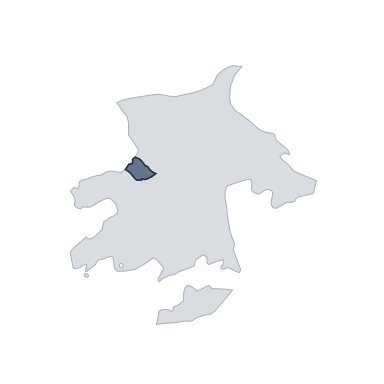 Oğuz highlighted on a map of Azerbaijan, rotated 296°
{"feature_id": "AZE-1725", "entity_name": "Oğuz", "entity_type": "District", "adm_level": 1, "iso_a3": "AZE", "parent_name": "Azerbaijan", "parent_adm1": "", "projection": "orthographic", "projection_center": [47.489, 41.029], "detail": "fine", "context": "in_parent", "style": "filled", "palette": "slate", "viewbox_px": 384, "rotation_deg": 296, "n_neighbors": 0, "source": "natural_earth", "source_scale": "10m", "svg_char_len": 3822}
<svg xmlns="http://www.w3.org/2000/svg" viewBox="0 0 384 384"><g transform="rotate(296 192 192)"><path d="M256.7,299.1L255.3,299.0L245.2,301.6L243.1,300.8L234.4,289.9L232.6,288.7L228.9,288.3L226.7,286.5L224.9,283.6L223.9,281.4L214.9,275.5L213.6,273.3L213.4,271.4L214.7,269.7L216.2,268.2L220.5,266.7L225.6,265.4L227.2,264.4L228.0,262.8L227.9,260.3L227.1,257.8L219.8,253.3L219.0,251.4L218.7,249.0L219.1,246.5L220.2,244.5L226.1,241.8L229.2,239.0L227.2,235.9L220.9,228.9L213.3,221.2L208.3,221.2L202.5,223.5L193.3,230.1L188.2,232.9L181.5,237.6L174.2,242.8L168.2,248.3L164.5,252.8L157.8,254.8L154.4,258.6L143.2,270.0L140.0,269.8L139.9,264.1L140.1,259.6L139.4,257.0L135.9,253.4L135.8,251.8L136.8,250.9L139.6,251.5L143.1,251.3L144.8,249.9L141.1,245.2L137.8,242.0L134.9,239.9L134.3,238.6L134.3,237.7L134.9,236.6L139.8,234.1L140.3,231.8L140.0,229.1L132.4,225.1L126.6,226.4L121.4,222.0L118.2,218.5L114.1,214.8L110.4,212.8L107.0,208.1L100.9,203.3L97.0,201.9L97.1,201.1L97.8,200.3L99.5,199.6L110.4,200.0L111.8,199.2L112.5,197.2L114.0,194.2L115.8,189.8L115.8,186.1L104.9,180.0L97.1,174.3L91.8,166.9L88.2,160.2L88.4,158.0L89.5,155.9L98.1,150.0L98.7,148.4L98.5,147.3L95.6,144.1L91.9,140.8L90.7,138.4L88.4,137.1L83.9,137.0L76.1,132.8L74.4,132.3L74.0,131.5L74.4,130.8L80.1,129.3L80.1,128.0L78.4,126.2L75.3,124.8L72.4,121.6L71.5,118.7L81.9,110.7L84.9,109.1L91.5,110.8L105.2,116.6L104.2,119.7L105.6,121.4L108.7,123.8L114.8,126.3L119.9,127.6L122.6,126.6L126.5,125.8L131.7,128.6L136.4,132.1L138.7,133.5L140.0,134.0L143.6,132.9L148.0,128.5L149.8,123.1L150.3,120.5L147.8,116.9L142.7,113.0L136.9,109.5L133.2,106.4L130.9,100.5L128.5,99.8L127.9,99.0L127.5,97.0L127.7,94.1L128.5,92.0L130.9,91.1L133.3,90.8L135.4,88.7L138.2,84.7L139.3,82.4L144.3,83.8L145.0,87.4L145.9,88.2L148.0,87.8L151.5,86.3L154.2,87.5L157.7,91.9L162.6,96.5L165.3,99.6L166.3,101.7L168.8,103.8L172.5,106.2L175.5,110.1L178.1,118.9L180.7,120.9L190.3,124.3L193.7,125.0L203.1,126.1L206.4,125.3L211.2,117.6L215.5,109.8L219.5,108.1L226.8,104.3L231.2,100.7L233.0,96.8L237.0,89.5L239.5,85.3L243.8,88.9L251.5,98.7L262.4,114.5L265.1,119.0L266.9,124.3L268.5,130.6L271.1,136.2L282.3,150.2L287.2,155.3L295.0,161.9L297.8,163.4L301.5,163.7L308.1,163.5L314.3,166.0L317.3,167.8L320.6,170.4L323.5,173.4L326.6,181.6L315.8,179.2L305.1,180.0L299.1,181.9L293.3,184.5L287.7,188.1L284.3,194.9L281.6,210.5L277.6,225.1L277.9,231.8L279.9,238.2L279.8,241.3L277.8,242.6L275.3,245.4L272.2,258.8L270.6,261.5L268.4,263.2L267.8,261.7L267.9,258.2L263.0,255.2L260.6,258.7L259.0,266.0L255.6,273.8L255.4,275.3L256.7,299.1ZM96.5,161.8L97.1,159.7L95.7,158.7L94.3,158.6L93.1,159.7L93.0,162.2L94.7,162.8L96.5,161.8ZM59.7,221.4L58.1,219.2L57.4,218.0L62.3,217.2L70.3,214.5L72.4,216.0L74.6,219.0L75.7,221.5L75.8,226.1L76.7,226.9L80.7,225.5L82.3,227.4L85.3,229.7L90.4,232.0L97.9,228.7L101.6,227.9L104.7,228.0L106.3,229.2L106.8,232.8L106.1,237.2L105.2,239.6L106.8,241.4L112.8,245.8L115.3,248.3L114.0,252.4L118.4,262.5L119.9,266.5L121.6,271.4L112.3,269.3L95.4,264.9L90.8,262.7L86.5,257.0L84.0,254.2L80.2,250.6L77.1,249.2L74.7,246.7L73.4,243.1L71.5,239.8L68.2,235.9L60.7,222.8L59.7,221.4ZM72.1,135.3L71.0,136.0L69.5,135.2L69.1,133.6L69.2,132.0L70.8,131.6L72.1,132.1L72.4,133.7L72.1,135.3Z" fill="#d9dde1" stroke="#a8b0b8" stroke-width="1"/><path d="M183.1,122.2L183.5,122.4L188.4,122.9L189.4,123.2L190.7,125.1L191.6,125.8L192.5,125.8L194.2,124.7L195.1,124.3L196.1,124.4L198.5,125.7L198.5,126.4L198.4,128.0L198.6,128.8L198.8,129.5L198.4,131.0L198.0,132.6L196.7,135.6L195.2,138.2L195.4,139.7L195.3,141.3L194.5,142.6L193.7,144.0L192.7,147.7L192.7,151.5L188.1,149.1L183.9,145.8L183.1,144.9L182.4,143.8L182.2,142.4L181.9,141.3L181.2,141.2L180.5,141.5L180.1,140.9L180.3,140.0L179.2,138.9L178.5,137.4L179.0,134.8L180.1,132.5L181.1,130.3L182.1,128.2L182.7,124.8L183.1,122.2Z" fill="#64748b" stroke="#1e293b" stroke-width="1.5"/></g></svg>